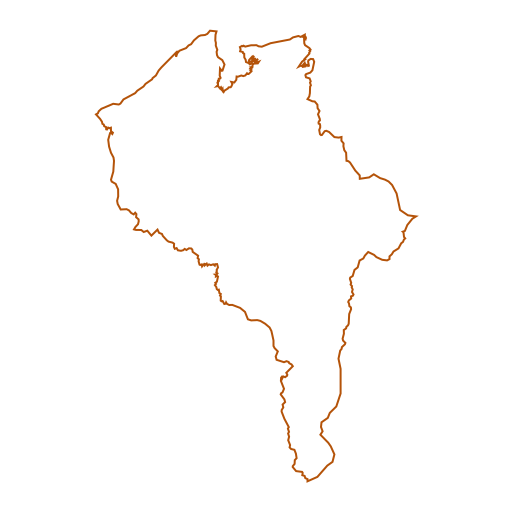 outline of Soalala, Boeny, Madagascar
{"feature_id": "10022922B91378939255033", "entity_name": "Soalala", "entity_type": "district", "adm_level": 2, "iso_a3": "MDG", "parent_name": "Madagascar", "parent_adm1": "Boeny", "projection": "mercator", "projection_center": [45.414, -16.649], "detail": "fine", "context": "isolated", "style": "outline", "palette": "amber", "viewbox_px": 512, "rotation_deg": 0, "n_neighbors": 0, "source": "geoboundaries", "source_scale": "gbopen_adm2", "svg_char_len": 5934}
<svg xmlns="http://www.w3.org/2000/svg" viewBox="0 0 512 512"><path d="M312.4,70.3L314.2,61.8L313.1,59.1L310.7,58.9L308.4,60.4L308.1,61.7L308.9,65.7L308.1,66.0L307.6,64.9L306.7,64.8L305.6,66.4L303.8,66.7L304.8,65.3L304.0,65.1L305.0,63.7L304.7,62.8L302.1,66.1L300.6,65.7L298.8,66.6L302.1,61.6L305.1,59.4L304.5,59.0L309.4,53.6L309.1,52.9L310.2,51.1L309.5,50.4L310.5,49.6L309.4,48.1L305.1,45.2L304.3,43.4L304.1,39.1L305.5,39.5L305.9,37.5L305.4,36.6L304.8,36.7L305.2,37.4L303.5,37.0L304.7,36.2L304.8,34.7L300.7,36.9L298.4,36.0L293.0,37.4L289.9,39.5L270.6,43.2L261.8,46.7L258.6,46.3L256.5,45.2L250.9,45.3L245.2,46.6L243.6,45.7L242.8,46.3L242.0,45.9L239.9,47.1L240.6,49.2L240.1,51.3L242.8,52.0L243.1,53.2L244.2,53.7L244.3,57.5L245.6,59.6L246.0,62.0L249.9,63.6L249.2,64.8L252.0,63.0L251.2,61.5L249.1,61.5L248.9,60.9L249.2,59.9L252.5,56.3L253.4,56.6L252.1,58.2L252.2,60.7L252.9,60.6L252.6,58.5L253.0,57.9L253.0,58.7L253.6,58.3L255.9,58.9L254.2,58.7L253.5,61.1L255.5,60.8L258.0,58.8L256.7,60.5L255.1,61.3L255.5,61.6L254.1,62.2L255.8,62.3L255.9,62.9L258.9,61.7L257.8,63.4L253.9,63.6L252.5,64.9L252.5,66.8L250.8,67.2L251.6,67.9L250.4,68.6L251.4,69.4L251.4,70.4L250.6,70.5L251.4,71.4L248.6,74.0L247.6,74.0L247.0,73.3L245.4,75.4L243.3,76.1L241.3,75.5L237.9,76.7L236.6,76.5L236.3,79.8L234.3,82.5L231.3,81.9L232.4,84.0L231.3,86.5L230.7,87.2L228.6,87.4L227.9,88.5L224.5,90.6L223.6,92.1L223.1,91.5L223.0,92.3L222.6,89.1L222.0,90.2L220.5,88.8L221.4,88.1L221.0,87.2L219.9,88.3L218.1,86.0L216.7,86.3L218.0,85.0L218.0,83.1L217.5,82.8L218.7,81.2L217.1,80.7L218.8,80.7L218.8,78.7L220.0,78.6L220.6,77.9L219.7,75.7L220.0,68.5L221.8,70.8L222.5,70.6L224.5,64.5L222.3,60.1L218.0,57.2L217.0,55.1L216.6,51.8L217.3,49.8L215.8,45.7L215.9,42.9L215.3,40.5L215.5,34.8L216.5,31.4L210.0,30.7L207.3,33.9L205.0,35.0L200.7,35.4L198.6,36.3L193.9,40.4L191.1,44.2L188.6,45.4L186.1,48.1L179.5,50.7L177.2,53.4L176.1,56.8L175.8,53.6L177.7,51.7L176.9,51.7L161.4,67.4L158.7,70.5L155.9,75.5L152.6,78.1L152.1,79.3L145.5,83.9L143.5,86.5L137.3,90.7L135.2,93.1L123.5,99.4L120.4,103.6L118.8,104.5L113.2,103.8L101.4,108.8L98.7,111.3L97.9,113.3L96.0,114.4L100.1,118.9L102.0,121.8L102.4,123.8L103.8,124.6L104.2,126.2L106.1,127.1L106.2,129.3L107.0,129.5L108.2,127.6L109.4,128.2L110.9,127.7L111.0,131.2L112.9,132.7L112.3,134.0L110.9,132.6L110.1,133.0L108.2,139.8L109.1,146.7L111.0,152.8L113.5,157.5L114.0,160.9L113.3,171.6L111.0,179.7L111.7,181.6L115.7,183.9L118.1,189.3L118.2,196.4L117.1,200.8L117.7,204.0L120.7,209.5L126.6,209.2L129.0,210.4L131.2,213.0L133.7,214.4L135.2,212.7L136.4,214.1L136.1,217.2L138.6,219.4L138.7,221.4L138.0,224.2L135.4,227.0L134.0,229.4L135.8,229.9L141.3,230.0L143.7,232.0L147.3,230.7L151.4,235.6L157.5,229.6L159.0,232.8L162.0,234.0L162.8,235.9L166.8,240.3L168.5,241.6L172.5,242.6L174.1,243.7L173.9,246.9L174.8,248.8L176.6,248.1L177.9,250.3L181.0,250.8L183.2,250.2L184.7,248.9L186.4,250.0L189.0,248.3L191.3,248.5L192.3,249.6L192.7,251.9L198.1,255.7L197.6,258.1L198.9,259.3L198.6,261.3L199.5,264.6L200.2,265.0L201.7,264.4L202.1,266.4L204.3,263.8L205.0,264.0L205.0,265.1L206.7,263.6L207.5,265.6L209.0,264.4L210.9,265.1L213.2,264.3L214.8,265.6L215.2,264.2L217.1,264.1L218.0,267.4L216.6,270.0L216.9,271.0L216.3,272.3L217.5,273.4L216.9,274.3L215.2,274.5L216.0,275.1L215.9,276.4L216.9,275.8L218.0,276.5L216.9,281.7L215.3,282.8L216.0,283.9L214.9,285.1L216.3,287.0L216.8,289.1L217.9,290.0L218.8,289.7L219.4,293.1L220.8,294.0L220.0,295.6L220.9,296.3L220.7,300.6L221.5,301.3L222.6,301.0L224.3,304.0L225.6,303.7L226.1,302.4L226.9,303.8L229.2,305.0L232.3,304.9L240.1,307.9L245.0,311.9L247.9,319.3L251.2,320.4L257.3,320.1L260.4,320.9L265.1,323.7L269.6,327.5L271.4,331.0L272.2,334.5L273.5,340.5L273.5,346.0L274.6,348.1L277.8,351.4L275.7,356.5L276.6,359.8L284.0,362.2L286.5,361.2L288.7,362.0L289.2,363.2L291.5,364.4L292.8,366.2L286.3,372.8L287.3,374.6L287.1,375.7L285.1,377.2L283.2,376.4L282.2,378.5L281.6,377.1L281.1,377.7L280.9,380.9L284.0,388.8L282.5,392.4L281.0,393.4L280.7,394.4L284.4,399.4L285.1,402.1L282.6,404.5L283.3,407.4L281.7,410.0L281.6,411.6L284.4,418.8L288.8,427.1L287.9,428.6L289.0,431.9L288.1,433.5L289.1,436.7L288.2,440.2L290.1,445.1L289.6,447.4L291.1,449.0L294.4,449.8L295.9,453.6L296.6,458.2L294.8,460.1L294.6,463.9L292.8,466.1L292.7,467.0L296.1,471.1L302.1,471.9L302.7,472.9L302.3,475.2L304.6,475.9L305.3,478.1L307.5,479.1L307.5,481.3L317.4,476.9L327.3,465.6L332.5,461.9L334.4,454.4L330.8,446.4L328.3,442.8L320.4,434.7L322.6,431.3L321.0,427.0L321.5,422.3L327.8,417.9L329.8,412.9L336.3,406.5L340.6,393.5L340.6,368.9L338.5,358.7L340.2,350.6L341.6,348.9L341.9,347.1L344.9,344.3L345.4,342.9L343.1,340.6L342.6,338.7L343.9,333.7L343.8,330.0L346.1,328.4L346.3,327.0L348.1,325.2L348.7,323.7L349.2,314.0L351.1,309.2L350.9,307.4L349.4,306.2L349.0,303.4L348.2,302.0L348.9,300.4L351.2,298.5L351.0,296.4L352.9,295.7L353.5,294.5L352.0,292.0L352.7,289.4L351.7,287.4L352.0,286.1L350.6,284.6L351.2,282.8L349.9,278.9L350.2,277.6L352.7,276.0L354.5,269.9L357.7,267.4L359.6,260.5L363.3,258.5L364.9,255.6L368.2,252.0L374.1,254.9L376.4,257.1L382.2,259.8L387.1,260.4L389.5,259.1L389.5,256.4L391.8,254.3L393.5,251.5L398.5,248.4L401.2,243.3L403.0,241.9L403.9,239.6L405.2,238.4L404.0,236.9L403.5,232.3L402.8,231.7L404.9,230.9L407.3,225.0L412.4,218.7L416.0,216.4L407.9,215.3L400.1,210.0L396.6,193.5L392.1,185.0L388.6,181.5L384.9,179.6L380.1,178.1L373.8,174.3L369.2,177.4L359.8,178.8L359.7,175.4L355.3,170.6L350.0,162.5L348.4,161.2L346.5,160.8L346.1,152.7L344.3,150.2L343.4,146.2L343.6,143.4L341.4,140.7L341.5,137.0L338.7,137.6L334.4,137.1L329.1,132.0L326.3,130.8L324.7,131.2L321.9,135.0L321.0,135.1L320.0,134.2L319.2,130.0L320.2,127.5L320.2,125.6L319.9,124.1L318.7,123.7L318.5,122.6L318.9,121.3L319.9,120.5L319.8,119.0L318.0,114.3L319.5,111.0L317.6,108.2L317.4,104.7L314.7,101.5L312.4,101.3L307.5,99.1L309.3,96.4L309.9,93.2L310.1,86.6L310.9,85.3L310.0,82.7L310.7,81.3L309.6,78.4L306.0,77.3L305.4,75.1L306.1,74.1L310.3,72.6L312.4,70.3Z" fill="none" stroke="#b45309" stroke-width="2"/></svg>